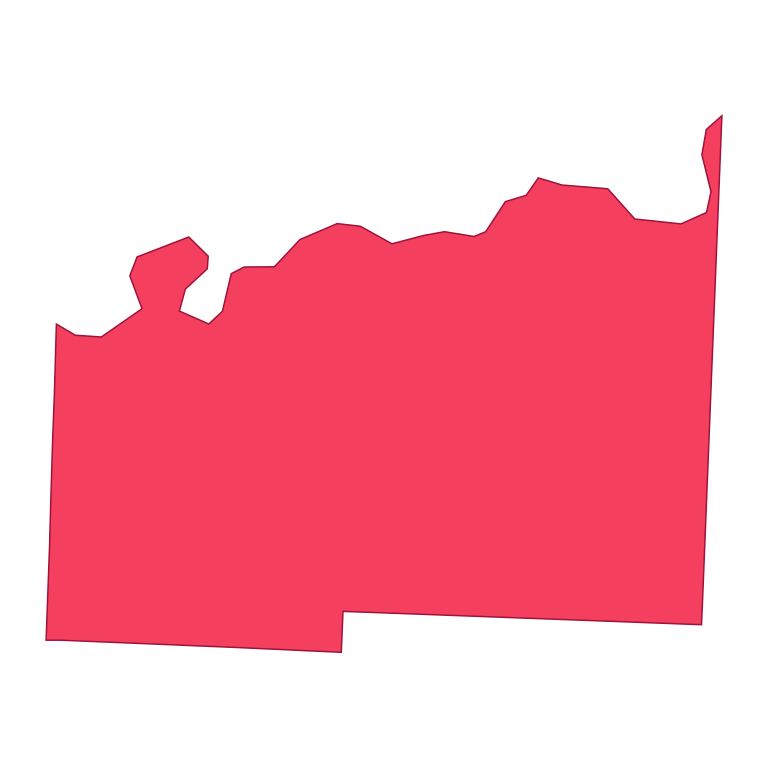 Lafayette, Missouri, United States of America
{"feature_id": "52423323B34956580820972", "entity_name": "Lafayette", "entity_type": "district", "adm_level": 2, "iso_a3": "USA", "parent_name": "United States of America", "parent_adm1": "Missouri", "projection": "equal_earth", "projection_center": [-93.837, 39.101], "detail": "fine", "context": "isolated", "style": "filled", "palette": "rose", "viewbox_px": 768, "rotation_deg": 0, "n_neighbors": 0, "source": "geoboundaries", "source_scale": "gbopen_adm2", "svg_char_len": 722}
<svg xmlns="http://www.w3.org/2000/svg" viewBox="0 0 768 768"><path d="M702.4,604.5L721.9,115.7L706.3,129.5L701.9,154.7L711.0,191.7L706.5,212.5L680.9,223.9L634.8,219.0L607.8,188.8L561.8,185.0L538.3,177.9L526.2,195.3L505.4,201.6L485.7,231.7L474.0,236.5L444.5,231.7L423.9,235.4L392.0,243.8L360.2,226.2L337.2,223.6L300.0,239.5L274.4,266.8L244.2,267.0L231.3,273.6L222.4,311.3L208.8,324.0L179.4,311.1L185.3,289.2L207.3,268.8L208.2,256.2L188.8,237.0L137.1,256.9L129.8,275.8L142.0,308.7L101.3,337.0L75.2,335.2L56.4,324.1L54.3,396.4L52.7,437.5L50.7,503.6L50.1,526.8L50.0,528.3L49.6,544.7L46.1,640.2L60.3,640.2L227.2,647.1L341.3,652.3L343.0,611.4L701.5,624.7L702.4,604.5Z" fill="#f43f5e" stroke="#9f1239" stroke-width="1.5"/></svg>